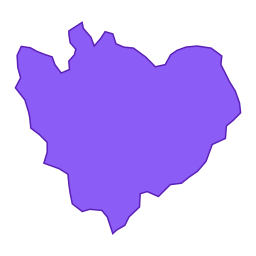 Muju-gun, North Jeolla, South Korea (Natural Earth projection)
{"feature_id": "91817680B53198155341948", "entity_name": "Muju-gun", "entity_type": "district", "adm_level": 2, "iso_a3": "KOR", "parent_name": "South Korea", "parent_adm1": "North Jeolla", "projection": "natural_earth1", "projection_center": [127.7, 35.921], "detail": "fine", "context": "isolated", "style": "filled", "palette": "violet", "viewbox_px": 256, "rotation_deg": 0, "n_neighbors": 0, "source": "geoboundaries", "source_scale": "gbopen_adm2", "svg_char_len": 999}
<svg xmlns="http://www.w3.org/2000/svg" viewBox="0 0 256 256"><path d="M221.8,56.0L211.1,48.1L196.9,46.0L186.0,47.1L177.2,50.3L170.7,54.7L165.2,64.6L155.4,66.8L145.5,56.9L133.5,48.1L123.7,47.1L116.0,43.8L112.8,33.9L105.1,31.7L100.8,38.3L94.2,46.0L90.9,37.2L83.3,28.4L82.1,22.4L68.9,30.9L68.9,34.4L70.2,42.8L75.8,49.2L74.4,54.8L68.8,61.1L69.5,69.5L61.2,73.0L54.9,64.6L52.1,56.9L43.7,54.1L36.7,51.3L30.4,47.8L21.3,46.4L17.1,55.5L17.8,67.4L20.6,77.9L15.4,87.8L24.9,99.9L28.5,111.6L29.8,117.9L30.8,128.1L39.5,134.7L47.2,142.4L47.2,152.3L43.9,163.2L59.2,168.7L67.9,174.2L69.0,185.2L70.0,192.2L70.1,192.9L72.3,203.8L82.2,211.5L89.8,209.3L101.8,210.4L107.3,217.0L112.8,233.6L116.4,230.2L124.8,225.3L129.0,216.9L139.5,207.0L140.2,193.7L147.2,191.6L158.4,196.5L170.3,184.6L181.5,183.2L188.5,177.5L197.6,171.2L206.0,161.4L212.2,144.5L225.4,138.4L226.4,125.9L233.0,120.5L240.6,112.8L239.5,102.9L235.2,90.9L229.7,82.1L225.3,73.3L220.9,64.6L221.8,56.0Z" fill="#8b5cf6" stroke="#5b21b6" stroke-width="1.5"/></svg>